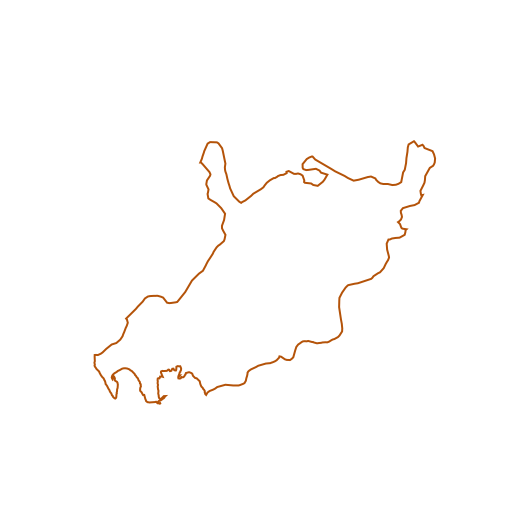 outline of Abshaway, Al Fayyum, Egypt, rotated 227°
{"feature_id": "37247803B9213477235230", "entity_name": "Abshaway", "entity_type": "district", "adm_level": 2, "iso_a3": "EGY", "parent_name": "Egypt", "parent_adm1": "Al Fayyum", "projection": "equal_earth", "projection_center": [30.701, 29.374], "detail": "fine", "context": "isolated", "style": "outline", "palette": "amber", "viewbox_px": 512, "rotation_deg": 227, "n_neighbors": 0, "source": "geoboundaries", "source_scale": "gbopen_adm2", "svg_char_len": 6027}
<svg xmlns="http://www.w3.org/2000/svg" viewBox="0 0 512 512"><g transform="rotate(227 256 256)"><path d="M293.6,70.5L292.4,69.3L289.0,66.4L288.2,65.1L286.3,63.9L285.9,63.1L284.8,62.7L284.0,62.7L282.2,62.3L278.4,62.5L277.7,62.1L274.7,61.3L272.4,61.0L270.6,61.1L269.1,60.7L268.3,60.3L267.6,60.3L266.1,59.5L264.9,58.7L264.2,58.7L262.3,58.4L259.7,57.6L257.8,57.3L257.0,56.9L255.5,56.5L254.4,56.5L253.3,56.1L252.5,55.7L251.4,55.8L250.7,55.4L248.4,55.5L247.7,55.9L247.7,56.8L248.1,57.6L250.1,59.7L250.5,60.6L251.2,61.0L251.6,61.8L253.2,63.5L253.9,64.8L256.2,67.3L257.0,67.7L257.4,68.1L258.5,68.5L259.3,68.4L260.4,68.0L261.5,67.9L262.6,69.2L263.4,69.6L264.5,69.9L265.3,69.9L264.9,68.6L264.1,68.2L263.7,67.0L264.8,67.3L265.6,67.7L266.4,69.0L266.8,70.3L266.8,72.4L266.2,75.1L266.2,76.4L265.5,78.5L264.9,81.2L264.2,82.5L263.1,83.8L262.0,84.7L261.3,85.2L260.2,85.7L259.4,86.1L257.9,86.2L256.8,86.7L252.4,86.8L251.6,86.4L250.5,86.5L248.6,86.1L247.1,86.2L245.3,85.4L243.0,85.1L241.9,84.2L241.1,84.3L240.4,83.9L240.0,83.4L239.2,83.0L238.4,81.3L236.9,79.7L236.1,79.3L234.3,79.4L233.1,79.0L231.3,78.6L230.6,79.5L226.8,77.5L225.6,77.1L224.9,76.7L223.8,76.8L222.7,77.2L222.3,77.7L221.6,78.1L218.0,82.6L217.6,83.5L215.4,83.6L214.6,84.4L213.6,84.9L213.3,86.2L214.0,85.3L214.8,84.6L215.8,84.4L216.2,84.8L216.2,86.1L215.5,87.4L215.2,89.2L215.2,90.0L214.9,91.4L214.9,92.2L215.3,93.5L215.3,94.3L216.4,93.0L216.3,89.6L216.7,88.3L217.8,88.2L218.9,88.6L220.1,89.4L220.4,89.8L222.0,90.6L223.9,92.7L225.4,93.5L227.7,95.2L228.5,96.4L230.0,97.2L231.5,98.9L232.3,99.3L233.4,100.6L233.1,101.4L232.4,101.9L232.8,103.2L233.2,103.6L232.1,104.9L231.3,105.4L233.6,106.2L234.4,106.6L235.5,106.9L236.3,107.8L235.9,109.1L235.2,109.6L233.0,112.2L232.7,113.0L232.7,114.4L232.0,114.9L230.5,114.5L230.2,114.9L229.8,115.8L230.2,116.7L230.6,117.9L229.9,118.8L228.8,118.4L228.0,118.5L227.3,118.9L226.9,119.4L227.3,120.2L229.3,122.3L228.9,123.6L227.8,124.5L227.0,125.4L224.9,124.6L223.7,123.4L223.3,122.1L222.9,121.7L222.9,120.8L222.1,119.6L221.3,117.9L220.6,118.8L220.5,117.5L220.1,116.2L219.4,115.8L218.3,116.7L217.9,117.6L218.4,118.9L217.6,119.3L216.9,120.2L216.9,121.5L217.4,122.8L217.4,123.7L217.8,124.1L218.2,124.9L216.8,127.6L216.4,128.0L214.2,129.0L213.1,129.0L212.3,128.6L211.2,128.2L208.2,128.3L207.1,129.2L202.7,129.4L201.5,128.6L200.0,127.8L197.8,127.0L195.9,127.1L194.8,126.7L193.7,126.8L192.1,126.4L191.4,125.6L190.3,125.2L189.9,124.8L188.4,124.8L189.2,127.4L188.9,130.0L187.5,133.5L186.9,135.7L186.6,138.3L182.7,145.8L176.9,151.0L173.3,154.8L172.6,156.1L171.2,159.6L170.9,160.9L171.7,163.5L173.2,165.6L174.4,167.7L175.6,169.4L176.4,170.2L176.8,171.5L176.8,172.8L176.5,175.0L174.8,180.2L174.2,182.8L170.6,189.9L167.8,193.5L167.4,194.8L167.1,195.2L166.1,197.9L165.7,200.0L165.9,203.5L166.6,204.7L165.2,205.7L160.7,206.7L158.9,207.7L158.2,208.5L157.1,209.5L156.7,209.9L156.4,212.1L156.5,214.2L160.4,220.6L162.0,223.5L162.5,226.5L162.2,228.3L161.9,230.9L161.5,232.2L160.5,233.5L159.0,234.9L158.3,236.2L154.6,238.5L154.3,239.0L153.2,239.4L150.5,241.1L149.2,243.0L148.1,244.4L147.4,245.7L145.6,247.9L144.2,249.3L143.5,251.1L142.9,254.2L142.5,255.4L141.8,256.7L140.8,260.7L140.9,262.8L142.1,267.5L144.1,269.6L147.9,272.5L151.7,274.9L161.9,281.9L166.5,286.4L168.5,288.5L170.5,294.0L171.8,300.0L171.9,303.1L171.6,303.9L168.4,309.3L166.6,311.9L160.7,324.7L160.7,326.4L161.1,328.1L160.2,333.4L159.5,335.6L160.0,341.1L161.7,345.4L162.5,348.0L162.9,349.7L164.1,352.2L165.2,353.0L171.3,356.3L175.9,360.0L177.7,364.1L176.8,365.1L176.1,367.3L174.0,370.4L171.5,373.5L170.5,377.5L170.1,379.2L171.7,381.7L172.9,383.0L172.9,384.3L175.8,382.0L176.9,381.5L178.4,381.9L181.1,383.1L183.9,383.0L183.7,384.3L183.8,386.9L185.0,389.4L186.9,390.6L188.7,391.4L190.3,392.7L190.8,396.1L187.6,402.7L185.1,406.7L183.8,411.5L184.6,412.8L186.9,419.6L187.7,418.3L189.2,419.1L191.5,420.7L193.5,426.2L194.7,429.2L196.3,431.3L199.0,434.2L201.9,443.2L201.2,447.1L201.7,448.8L202.5,450.5L205.2,453.5L208.9,455.5L212.3,456.6L220.0,452.9L222.3,453.6L223.8,453.6L225.5,449.2L230.7,449.8L232.2,449.8L233.5,443.7L231.9,441.1L228.9,437.8L225.0,432.8L221.5,429.0L220.0,426.9L217.6,423.6L216.8,420.6L211.0,412.6L211.6,409.5L212.7,406.9L214.9,404.1L218.8,401.5L221.7,398.3L224.3,396.5L226.8,395.9L229.8,395.8L231.3,396.2L235.7,394.3L237.5,391.6L241.7,383.2L244.5,378.8L250.4,376.4L254.1,375.4L264.0,371.6L268.1,370.5L286.2,365.1L290.1,365.2L290.6,364.9L291.7,362.2L292.3,359.2L291.4,352.7L288.7,350.3L287.2,349.9L284.6,351.3L283.2,353.1L278.9,359.3L275.2,360.7L272.6,360.4L266.8,363.7L265.1,358.1L264.7,355.5L265.2,349.0L268.9,346.3L271.4,345.8L276.2,341.7L277.3,341.6L278.4,342.9L283.0,344.9L285.5,344.3L287.7,343.0L288.8,341.2L290.2,339.8L295.8,337.9L296.8,335.7L295.7,334.9L296.7,331.4L298.5,329.1L299.5,326.5L299.5,325.6L300.1,323.0L300.9,322.1L301.9,317.8L302.2,313.8L301.7,310.4L301.2,308.3L301.5,305.2L303.4,296.5L303.3,293.5L303.9,286.1L304.9,282.6L305.0,281.4L307.1,280.8L314.9,280.5L323.1,283.2L325.4,284.4L328.0,285.6L331.8,287.6L336.0,290.1L338.6,291.2L340.1,292.1L342.1,293.7L344.4,296.6L355.7,303.5L358.0,304.7L364.0,305.4L365.8,304.9L370.6,300.1L371.2,297.3L368.0,289.7L367.2,288.4L365.2,284.6L364.1,282.9L362.4,279.1L362.1,279.5L359.5,279.6L349.1,279.2L346.8,278.4L346.0,277.1L344.7,271.6L342.4,268.6L341.7,268.2L337.1,266.7L335.2,264.2L334.4,262.9L330.6,260.4L328.0,261.0L323.6,262.4L321.4,263.0L314.7,263.2L308.0,262.2L304.1,257.2L301.3,251.7L299.4,250.0L296.8,249.2L292.3,248.1L289.6,244.3L288.8,242.6L289.0,237.0L289.3,235.7L289.2,233.1L288.0,228.0L287.1,225.9L285.9,221.2L285.0,217.3L283.8,213.9L283.4,213.0L281.4,207.1L282.0,202.3L281.7,192.4L277.9,179.6L276.1,167.1L276.8,165.8L279.6,161.8L280.7,160.4L282.5,159.1L288.9,159.7L291.1,158.7L294.0,156.9L297.2,153.3L299.0,151.1L300.1,149.3L300.7,145.8L299.9,142.0L299.6,135.1L299.2,132.1L298.8,118.3L297.6,118.3L294.6,116.7L293.0,113.7L292.2,111.6L290.3,107.8L289.4,105.7L288.3,103.6L287.4,99.7L287.6,94.5L289.7,90.1L290.2,83.2L290.1,78.0L290.4,75.8L291.4,72.8L292.9,71.4L293.6,70.5Z" fill="none" stroke="#b45309" stroke-width="2"/></g></svg>